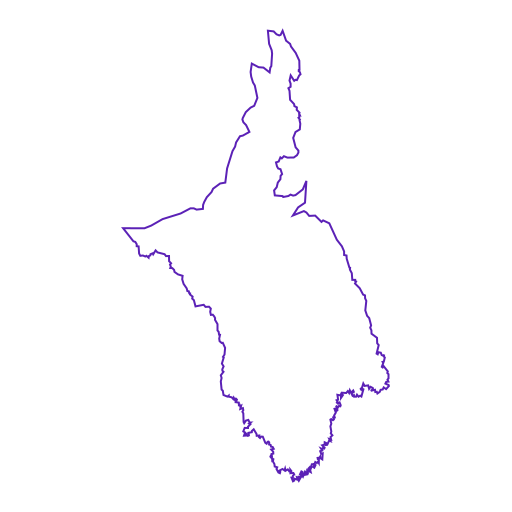 Mueang Chaiyaphum, Chaiyaphum, Thailand
{"feature_id": "78962969B81450935958728", "entity_name": "Mueang Chaiyaphum", "entity_type": "district", "adm_level": 2, "iso_a3": "THA", "parent_name": "Thailand", "parent_adm1": "Chaiyaphum", "projection": "equal_earth", "projection_center": [102.047, 15.936], "detail": "fine", "context": "isolated", "style": "outline", "palette": "violet", "viewbox_px": 512, "rotation_deg": 0, "n_neighbors": 0, "source": "geoboundaries", "source_scale": "gbopen_adm2", "svg_char_len": 6086}
<svg xmlns="http://www.w3.org/2000/svg" viewBox="0 0 512 512"><path d="M243.3,431.4L245.1,432.5L244.0,435.7L245.3,435.6L245.5,434.2L246.6,433.8L246.9,435.6L247.8,435.9L248.9,435.4L248.6,432.8L251.8,432.2L251.9,430.9L253.7,429.3L256.5,433.9L256.7,435.8L259.2,435.5L258.9,437.0L260.0,438.0L261.0,436.6L262.8,436.7L265.3,442.8L266.6,443.7L267.6,441.8L268.5,441.6L269.2,442.4L269.1,444.5L270.6,444.9L271.0,446.6L272.7,447.0L273.7,448.8L271.2,449.5L273.2,451.7L273.3,453.6L271.6,454.0L271.9,456.2L270.8,455.7L270.4,456.7L272.1,458.7L272.2,460.0L273.5,458.4L272.9,461.4L274.4,464.0L274.7,466.5L277.2,467.3L276.5,469.0L278.4,472.5L279.9,473.2L280.3,471.9L279.6,470.5L282.5,469.0L284.5,470.4L285.1,468.6L285.6,470.7L287.8,469.4L289.4,471.5L290.5,470.9L290.4,469.8L291.4,471.1L290.6,473.2L293.4,473.0L294.2,474.4L292.9,475.8L292.7,477.5L291.5,477.6L293.0,481.3L294.2,480.6L294.2,478.6L297.8,479.8L297.0,477.3L299.6,478.5L298.4,480.1L298.8,480.8L300.6,477.6L298.6,477.4L298.6,476.7L302.0,476.6L301.7,475.3L300.0,474.3L301.4,471.4L302.4,471.9L302.3,474.4L303.1,476.3L305.0,471.6L306.5,473.2L305.1,474.8L307.5,474.3L308.0,473.0L307.1,472.2L307.2,470.1L310.7,472.1L310.2,470.1L310.9,468.4L309.3,469.4L308.5,468.5L310.2,466.7L311.1,467.1L311.8,464.3L313.3,464.4L313.7,463.2L314.1,465.8L313.5,467.2L314.3,467.7L315.5,465.1L314.5,464.1L315.3,462.0L316.9,463.0L318.0,461.6L318.8,463.0L318.9,459.1L317.8,459.0L317.6,457.9L319.5,457.6L320.2,456.5L320.4,458.2L322.3,459.4L322.7,453.3L321.2,453.8L320.2,451.2L322.2,450.5L321.0,448.5L322.5,449.2L323.2,447.3L324.2,448.4L324.6,447.8L322.2,445.3L324.6,444.6L324.7,442.3L326.4,443.1L326.0,445.0L327.2,444.8L329.1,440.6L330.4,441.1L329.3,439.0L331.1,439.6L330.5,437.1L332.4,435.3L330.8,433.4L331.3,431.5L330.4,426.3L331.3,423.7L330.4,419.6L331.2,419.1L332.9,420.2L333.9,419.4L333.8,417.8L332.4,417.2L334.7,417.3L334.1,415.5L335.8,412.6L334.5,408.8L335.6,408.5L336.1,411.2L337.4,410.3L337.2,407.7L335.9,405.7L338.0,407.3L338.9,406.0L340.3,406.3L340.7,405.2L339.6,402.5L338.1,403.7L336.9,402.6L337.5,401.7L336.6,400.2L338.1,399.7L337.4,394.8L341.0,395.5L341.0,397.9L342.9,395.1L341.1,393.9L341.7,392.7L346.2,393.0L347.8,391.1L349.1,393.0L349.8,390.3L351.0,392.7L353.2,390.5L353.8,391.9L351.5,393.6L352.6,395.8L353.9,395.1L354.1,396.7L356.1,396.7L357.0,394.7L358.5,396.7L360.2,395.7L361.4,396.5L363.4,389.3L362.4,388.8L361.3,389.8L360.7,388.9L362.1,387.4L363.3,383.5L364.6,385.9L368.2,385.4L369.1,388.8L370.5,386.8L372.8,388.0L373.0,389.0L370.8,390.8L375.0,389.8L375.3,392.0L376.8,391.8L377.4,393.5L379.8,391.8L380.6,389.8L382.7,389.5L383.7,387.4L386.1,389.1L388.9,386.0L388.6,385.0L385.4,383.6L386.2,381.9L388.4,381.6L387.5,379.6L388.5,378.4L388.5,374.2L387.3,373.0L387.8,371.4L383.3,365.7L382.6,367.4L381.8,366.8L383.2,363.2L382.6,361.9L383.8,361.7L384.8,357.5L383.8,356.5L384.2,354.6L383.4,355.7L381.7,355.1L380.8,352.7L378.4,352.2L377.7,354.3L376.6,353.6L378.7,345.1L377.2,343.3L377.0,337.8L371.5,333.7L371.4,330.3L370.2,327.7L371.1,325.4L369.2,318.1L367.1,315.8L365.3,310.4L366.3,300.9L365.1,298.3L365.0,295.4L363.1,294.6L359.7,288.2L355.0,283.5L356.1,281.5L355.2,281.1L355.2,279.9L352.3,279.9L351.8,273.2L349.9,269.6L350.1,267.8L349.4,267.6L346.7,258.7L346.5,255.5L344.1,255.0L344.1,251.4L341.9,246.3L336.8,239.7L329.3,223.3L323.1,220.4L321.5,221.9L315.2,215.6L309.2,215.9L306.4,212.5L303.9,211.1L292.9,215.5L298.1,207.4L305.0,202.7L306.4,180.9L302.8,189.4L295.5,195.1L293.1,195.6L290.5,194.6L288.4,196.0L283.2,197.0L282.6,196.1L274.8,195.4L274.1,190.4L276.7,187.2L277.8,182.6L280.4,179.2L280.6,175.8L282.1,174.1L280.5,169.2L278.2,168.5L277.0,166.4L276.0,162.4L278.7,161.5L280.4,157.4L281.8,158.4L283.9,156.2L287.4,157.6L293.8,157.5L297.0,155.2L298.4,152.6L298.4,150.6L295.6,147.3L293.2,137.9L295.5,132.0L299.8,129.4L300.3,123.7L299.5,120.0L299.9,119.5L298.5,117.8L299.3,117.2L299.2,115.4L300.0,115.5L299.1,113.4L299.5,112.7L296.7,109.8L296.9,107.4L294.4,106.1L294.1,104.1L290.1,99.8L289.5,90.8L288.4,88.2L290.6,86.8L290.6,83.6L289.5,80.6L290.7,75.4L294.2,80.8L295.5,79.8L296.9,80.1L299.2,75.4L300.5,74.3L299.9,72.2L298.7,71.1L298.8,69.9L299.5,69.8L299.3,60.7L295.7,52.9L291.0,46.5L290.1,43.9L286.1,40.7L282.6,30.8L280.6,34.9L279.2,35.4L276.5,34.3L273.7,31.4L267.9,30.7L269.1,43.8L271.7,50.3L272.1,53.7L271.3,66.1L270.3,67.7L269.6,72.4L263.5,67.6L258.6,67.2L251.8,63.6L250.6,72.0L251.2,76.6L253.0,82.5L254.8,85.5L257.4,97.9L254.2,105.8L250.6,107.6L245.8,112.1L242.8,118.0L242.4,119.5L243.4,122.3L246.1,125.1L249.4,131.9L242.8,135.6L240.0,136.2L236.1,142.4L235.1,146.6L232.5,151.1L227.1,168.4L225.3,182.6L220.1,183.5L213.1,188.7L211.5,192.1L206.8,197.2L204.2,202.0L203.1,204.9L202.9,208.9L196.6,209.6L193.7,208.3L190.5,208.3L180.6,213.5L162.6,219.1L151.2,225.6L144.4,228.3L123.1,228.2L133.4,241.3L135.3,241.9L136.7,244.2L136.7,246.2L138.6,246.4L139.1,253.5L140.3,255.8L142.9,255.5L145.3,256.5L146.4,255.8L148.6,257.7L148.8,256.1L150.3,255.4L150.5,254.2L152.7,253.3L153.2,254.3L155.6,250.4L157.5,252.4L164.6,254.2L166.0,256.1L169.0,256.0L169.1,261.2L171.1,263.3L170.0,264.6L170.8,266.6L170.3,268.0L172.3,268.1L174.1,269.9L174.5,271.9L178.0,274.4L182.6,275.8L182.2,279.3L183.6,283.9L186.7,288.4L187.4,291.1L188.8,291.3L189.2,293.1L190.1,293.4L189.9,294.4L192.6,296.6L192.2,298.6L193.9,300.2L195.5,306.4L203.7,304.8L205.5,306.9L209.0,306.7L210.8,308.6L210.2,311.8L210.9,314.9L212.8,314.7L214.2,316.4L215.1,318.1L215.0,319.8L217.5,324.1L217.5,330.5L218.6,331.7L219.1,334.7L220.0,334.8L219.2,338.6L219.6,341.2L221.7,343.0L222.8,342.8L225.1,347.9L224.5,354.6L223.0,356.9L223.7,357.5L221.9,363.6L223.6,366.4L222.3,369.3L222.4,370.7L223.5,371.8L220.8,375.3L221.6,378.0L220.8,381.4L221.6,389.6L222.8,390.7L223.5,395.0L227.4,396.6L228.6,395.7L228.5,396.6L231.7,397.3L233.2,399.0L233.7,397.7L234.7,399.6L234.8,398.7L235.9,398.6L236.9,399.6L235.8,402.2L238.8,402.6L238.9,405.1L239.7,404.8L240.2,406.4L241.1,405.8L240.3,409.0L242.9,408.1L243.3,410.2L242.4,411.8L243.3,413.3L243.6,422.0L244.2,423.2L245.9,420.6L248.3,419.9L249.6,422.5L250.5,422.5L249.1,423.5L250.4,424.2L248.0,426.7L248.0,428.0L244.7,427.9L243.3,431.4Z" fill="none" stroke="#5b21b6" stroke-width="2"/></svg>